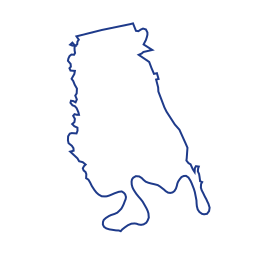 Aratiba, Rio Grande do Sul, Brazil (Natural Earth projection), rotated 167°
{"feature_id": "56859067B33104884286181", "entity_name": "Aratiba", "entity_type": "district", "adm_level": 2, "iso_a3": "BRA", "parent_name": "Brazil", "parent_adm1": "Rio Grande do Sul", "projection": "natural_earth1", "projection_center": [-52.299, -27.381], "detail": "fine", "context": "isolated", "style": "outline", "palette": "blue", "viewbox_px": 256, "rotation_deg": 167, "n_neighbors": 0, "source": "geoboundaries", "source_scale": "gbopen_adm2", "svg_char_len": 2826}
<svg xmlns="http://www.w3.org/2000/svg" viewBox="0 0 256 256"><g transform="rotate(167 128 128)"><path d="M158.3,29.1L156.6,30.4L153.4,31.9L149.9,33.3L146.2,34.0L143.0,33.5L141.2,32.8L139.4,31.6L137.1,30.7L134.5,30.6L131.5,31.6L129.7,33.4L127.9,36.0L127.3,40.2L127.5,42.8L128.0,45.3L128.9,48.4L129.6,50.7L130.3,53.0L131.6,55.8L133.2,58.8L134.7,61.9L135.8,64.8L136.5,66.9L137.0,69.1L137.1,72.0L136.6,74.9L135.7,77.0L134.1,78.4L131.2,79.3L128.0,78.3L125.9,76.2L124.5,73.9L122.8,71.7L120.5,70.1L118.1,68.8L115.0,67.3L111.9,65.7L109.9,63.7L108.1,61.5L106.7,59.8L105.5,58.0L103.5,56.0L101.3,55.2L99.1,55.2L97.0,56.1L94.9,58.2L93.4,60.7L92.4,62.8L91.2,64.5L89.1,66.5L86.9,68.2L84.5,68.7L82.2,68.3L80.2,66.1L79.0,62.6L78.4,59.8L78.0,57.1L77.5,53.7L77.3,50.5L77.4,47.3L77.5,44.3L77.6,42.0L78.1,39.3L78.5,36.3L78.4,32.9L77.3,30.1L75.2,27.7L73.3,26.8L70.3,26.6L67.7,28.8L66.4,32.0L66.7,36.2L67.3,38.7L67.7,40.9L68.6,44.1L69.4,47.7L70.2,50.8L70.4,53.5L69.4,57.0L67.9,58.6L69.7,59.9L69.3,64.0L69.1,67.2L69.7,70.1L68.8,72.7L67.7,74.5L70.4,75.5L71.9,73.8L73.0,70.1L74.1,73.1L74.7,75.9L75.2,78.5L77.0,80.2L78.4,83.2L77.6,85.3L74.5,95.4L75.4,100.3L78.3,114.8L81.6,120.9L86.8,135.3L87.9,139.9L90.2,156.7L89.5,160.7L89.7,168.9L87.2,168.9L87.5,174.9L90.5,174.9L91.6,181.0L92.5,187.6L101.1,196.9L97.9,197.5L95.9,198.6L86.8,198.6L94.0,205.9L92.6,207.6L90.7,209.8L89.1,212.5L88.1,214.5L87.6,216.7L88.4,220.0L91.0,221.5L93.5,221.0L96.1,220.0L98.4,220.9L99.6,228.8L102.6,228.7L123.4,229.2L131.4,229.4L157.6,228.9L156.1,225.1L157.8,223.6L158.7,220.9L161.1,220.1L162.1,218.1L162.6,215.4L162.7,213.0L164.1,211.5L166.6,212.3L168.7,211.3L170.4,209.2L171.4,207.0L169.5,203.3L169.9,200.6L171.6,199.4L171.1,196.9L168.9,196.2L166.9,195.6L168.2,192.6L170.0,190.7L171.9,188.6L170.8,186.1L170.2,182.2L168.9,177.9L170.2,173.3L172.1,171.4L171.4,167.4L173.3,164.8L175.2,166.5L177.4,167.4L178.4,165.5L177.0,162.6L174.9,161.2L173.6,158.9L173.2,156.7L172.8,154.4L172.8,151.9L174.9,152.4L177.0,153.5L178.7,152.2L177.7,148.8L178.9,145.8L181.5,144.4L179.9,141.8L177.2,139.7L177.8,136.7L179.4,134.3L184.0,135.7L186.0,135.6L188.2,133.4L189.3,129.5L189.3,126.5L186.7,123.3L185.7,120.6L186.1,118.1L189.6,118.0L187.2,114.4L184.1,109.8L183.1,106.6L179.8,104.9L177.5,101.9L179.5,100.7L181.1,98.9L180.8,96.6L179.3,94.7L179.0,92.4L180.1,88.5L178.2,86.6L177.2,83.5L176.3,79.6L174.7,75.2L173.3,72.2L171.6,69.8L169.0,67.4L166.9,66.8L164.2,66.2L161.5,66.4L159.0,66.8L155.8,67.4L151.4,67.9L148.4,67.6L146.7,65.9L145.7,64.0L145.5,61.2L146.3,59.2L147.6,57.4L149.3,54.8L150.9,52.8L152.6,50.9L155.1,49.3L157.5,47.9L160.5,47.3L164.1,47.0L166.4,46.5L169.8,45.3L172.3,43.9L173.5,42.1L174.2,39.6L173.6,37.1L171.8,35.1L168.9,33.4L166.1,32.3L162.9,31.0L160.0,30.2L158.3,29.1ZM161.1,220.1L163.0,223.7L165.6,222.2L163.7,220.8L161.1,220.1Z" fill="none" stroke="#1e3a8a" stroke-width="2"/></g></svg>